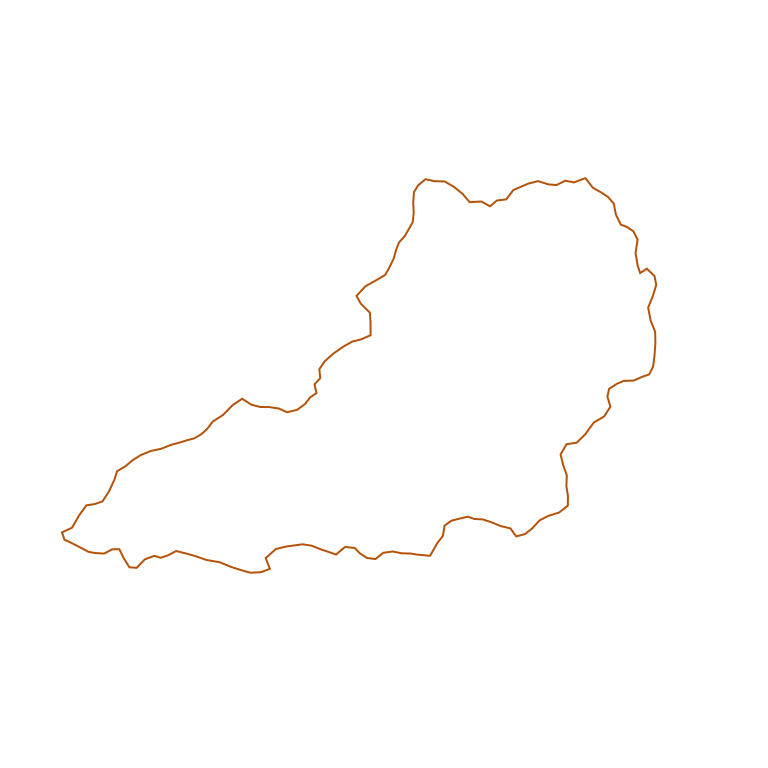 the district of Minduri, Minas Gerais, Brazil, rotated 202°
{"feature_id": "56859067B90662257408012", "entity_name": "Minduri", "entity_type": "district", "adm_level": 2, "iso_a3": "BRA", "parent_name": "Brazil", "parent_adm1": "Minas Gerais", "projection": "robinson", "projection_center": [-44.604, -21.675], "detail": "fine", "context": "isolated", "style": "outline", "palette": "amber", "viewbox_px": 768, "rotation_deg": 202, "n_neighbors": 0, "source": "geoboundaries", "source_scale": "gbopen_adm2", "svg_char_len": 2362}
<svg xmlns="http://www.w3.org/2000/svg" viewBox="0 0 768 768"><g transform="rotate(202 384 384)"><path d="M274.4,650.3L283.5,642.0L292.0,640.5L298.6,633.1L306.2,630.7L317.2,629.8L325.2,623.9L330.3,618.8L336.8,612.2L339.8,601.0L348.1,596.4L352.2,588.5L362.0,589.7L372.7,584.7L382.5,589.8L393.5,593.1L403.8,594.5L412.9,591.0L422.3,589.4L426.8,581.0L428.1,573.2L425.0,563.5L420.6,553.8L418.0,544.9L419.0,537.0L420.1,529.3L423.1,520.9L423.0,512.8L422.0,503.9L422.7,493.4L423.8,485.5L430.1,477.3L437.8,467.7L442.5,455.4L435.8,449.9L423.8,444.8L419.7,436.4L414.7,424.2L422.3,416.5L429.2,411.6L435.8,403.3L442.3,393.3L447.5,382.8L449.5,373.5L445.3,365.5L448.3,357.7L443.2,350.2L447.5,343.9L449.7,335.9L454.9,327.5L463.3,321.5L472.1,321.9L481.5,319.7L489.9,316.4L499.2,315.1L510.0,317.2L516.5,307.5L521.7,294.9L528.6,285.2L531.2,275.9L534.6,269.0L539.7,262.4L545.4,258.2L551.3,253.4L559.0,247.5L566.4,240.4L574.8,234.8L582.7,227.2L588.6,219.1L593.0,210.7L598.8,203.2L598.1,194.3L598.8,181.3L601.0,169.8L607.2,164.3L614.5,160.0L617.5,147.9L619.4,133.9L627.0,125.8L621.9,119.9L614.7,119.6L604.7,118.7L595.2,117.7L588.3,119.1L579.9,122.0L574.1,128.9L567.5,131.7L560.1,125.0L551.4,118.7L544.5,120.9L540.0,131.9L532.6,138.6L525.8,139.3L520.2,144.1L514.1,151.3L503.2,152.8L494.0,153.8L482.9,154.3L469.6,157.2L457.0,157.1L446.8,157.9L437.4,158.9L427.4,163.5L420.6,169.9L428.5,178.3L422.4,190.5L413.6,196.8L406.2,201.0L399.6,204.8L390.5,207.0L381.1,207.0L373.0,207.5L364.6,207.9L359.1,218.3L349.7,221.0L343.0,218.0L334.6,216.3L326.3,218.5L321.5,227.2L313.1,232.0L304.4,233.6L296.3,236.6L288.1,238.6L276.9,242.0L275.0,256.3L272.5,265.4L274.8,275.4L270.3,282.5L263.1,287.8L256.5,292.4L249.8,292.7L241.9,295.4L233.5,296.0L222.5,296.0L212.7,297.5L204.3,292.2L196.9,297.8L192.2,306.2L188.8,315.6L182.4,323.2L173.5,330.4L168.0,340.1L171.4,348.9L176.5,357.4L180.4,368.0L187.8,376.3L193.9,384.9L192.2,396.6L183.4,401.7L178.7,412.4L175.0,427.0L167.7,436.4L165.6,447.8L172.1,455.9L173.5,463.9L168.1,471.5L163.0,476.6L153.8,480.7L147.2,487.5L141.7,492.2L141.0,501.0L143.7,511.2L147.6,523.3L152.1,533.9L160.7,542.9L167.7,553.8L167.7,567.0L168.7,577.8L173.6,585.4L183.4,589.4L188.1,582.9L193.2,588.9L199.8,599.6L203.0,612.9L210.0,619.0L217.4,620.6L224.2,620.5L232.4,627.9L238.6,637.4L246.6,641.4L254.7,643.0L263.8,644.2L274.4,650.3Z" fill="none" stroke="#b45309" stroke-width="2"/></g></svg>